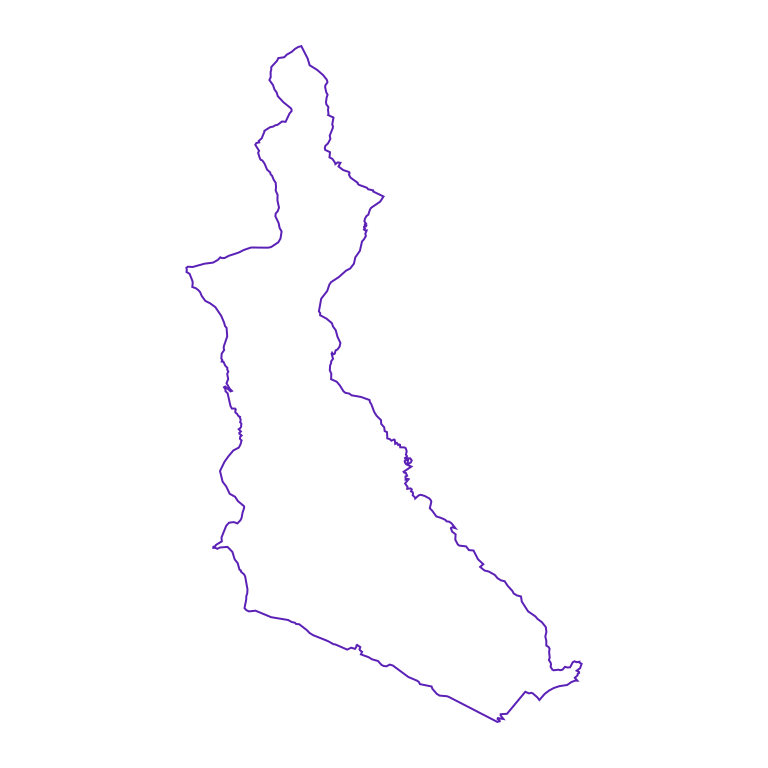 Batrani, Prahova, Romania
{"feature_id": "2599482B71534935033185", "entity_name": "Batrani", "entity_type": "district", "adm_level": 2, "iso_a3": "ROU", "parent_name": "Romania", "parent_adm1": "Prahova", "projection": "natural_earth1", "projection_center": [26.104, 45.367], "detail": "fine", "context": "isolated", "style": "outline", "palette": "violet", "viewbox_px": 768, "rotation_deg": 0, "n_neighbors": 0, "source": "geoboundaries", "source_scale": "gbopen_adm2", "svg_char_len": 6098}
<svg xmlns="http://www.w3.org/2000/svg" viewBox="0 0 768 768"><path d="M577.4,680.7L574.8,677.8L577.5,675.4L577.7,673.9L579.1,673.0L579.0,672.0L576.7,670.7L580.1,668.2L581.6,663.8L579.0,662.3L579.2,661.8L576.4,662.2L574.6,661.3L572.8,662.2L570.1,667.3L567.4,667.5L565.0,666.8L562.5,669.7L560.2,670.2L558.5,669.7L553.6,670.3L552.4,669.7L550.6,666.8L551.0,664.6L550.7,662.8L548.9,660.1L549.7,657.6L549.1,652.0L549.6,648.8L548.6,647.0L546.3,645.6L546.3,640.6L545.3,636.5L546.4,631.9L545.8,627.1L541.9,622.2L537.6,619.0L535.4,616.4L528.1,611.4L521.8,601.6L521.0,596.5L516.9,595.4L513.7,593.5L512.4,591.0L507.6,585.7L504.6,581.2L501.0,580.4L497.5,578.2L494.9,575.0L488.7,571.5L484.5,570.5L480.1,566.9L483.3,564.2L478.0,559.3L473.5,550.5L468.9,550.1L466.1,546.4L459.3,545.6L457.8,544.5L455.3,539.7L455.6,534.3L452.2,531.7L450.9,528.4L451.1,527.8L452.3,527.3L455.4,528.2L451.6,523.4L449.2,521.7L446.5,521.3L445.4,519.9L441.3,518.0L436.3,516.4L432.2,510.7L429.8,508.3L431.3,501.9L431.1,500.7L429.5,498.6L424.8,496.0L420.8,494.8L418.8,495.3L415.2,498.5L415.0,497.5L412.7,495.2L413.0,493.2L412.6,492.1L411.0,491.4L411.8,489.4L410.5,488.4L407.2,488.8L407.5,486.9L405.1,483.5L408.6,479.2L407.3,478.8L405.6,479.6L405.5,476.4L407.1,475.8L405.9,473.0L404.3,472.7L403.6,471.8L411.3,466.6L406.2,464.3L405.0,462.6L404.7,461.0L407.0,459.6L408.2,459.6L407.5,463.2L407.9,464.2L410.9,462.4L411.7,460.4L410.2,458.3L404.3,458.4L406.4,457.2L407.0,456.2L405.9,454.6L406.7,451.3L405.7,448.2L404.4,447.4L400.2,447.3L400.0,444.8L399.0,444.4L398.1,445.0L396.8,442.8L395.2,443.8L394.8,440.1L394.1,439.5L391.4,440.7L389.8,439.1L387.3,438.4L387.0,432.1L384.7,431.1L384.2,427.3L381.2,423.9L381.0,420.1L376.6,415.8L374.2,411.9L371.3,404.2L370.0,402.3L369.5,400.0L360.8,396.9L351.5,395.3L349.3,393.6L345.3,392.8L343.4,391.2L339.8,385.4L336.7,381.7L331.1,379.2L331.3,373.7L329.8,370.3L330.1,365.5L331.1,363.1L331.1,361.5L333.0,358.8L331.6,353.7L332.1,352.7L333.3,354.3L334.7,353.7L335.7,350.3L337.5,349.5L339.6,346.6L340.4,342.9L337.5,336.8L335.7,330.1L333.1,326.7L331.9,323.2L326.6,318.7L320.1,315.2L320.2,313.1L318.9,311.4L321.2,298.7L327.2,291.0L329.4,284.5L331.1,282.1L338.9,277.0L346.1,270.6L350.2,268.5L353.9,263.7L355.3,257.4L359.9,250.8L362.0,241.5L364.1,239.1L365.9,236.0L365.3,233.7L366.7,230.4L365.1,230.4L364.0,229.6L364.9,228.5L364.1,227.8L364.1,226.8L366.0,226.3L366.3,225.6L364.8,225.1L364.8,224.3L366.1,223.7L364.4,221.3L364.9,218.9L366.3,216.2L368.3,214.7L369.9,209.7L371.0,207.9L380.2,201.6L383.5,196.5L373.2,191.5L373.1,190.3L368.2,189.3L366.8,187.7L358.9,184.8L357.7,183.6L357.7,182.8L350.6,177.7L348.9,174.6L349.6,173.0L349.0,172.0L343.1,170.0L338.5,166.5L340.4,162.8L337.7,162.4L335.4,164.1L335.1,162.8L332.3,158.8L329.5,157.4L330.0,152.2L325.2,149.9L324.8,148.0L325.4,145.8L328.0,143.4L330.4,138.8L329.7,135.7L332.8,128.0L332.9,126.0L332.2,124.5L333.5,117.6L328.1,115.0L328.5,113.9L328.0,110.0L328.4,107.0L326.4,104.5L326.0,102.3L326.6,97.6L327.6,94.8L326.3,92.4L325.1,87.0L325.4,85.3L327.4,82.4L327.3,81.3L326.7,79.6L323.1,75.1L317.3,70.0L309.6,65.2L307.7,58.6L301.3,46.1L298.2,47.0L295.0,48.9L291.8,51.8L286.7,54.7L284.3,57.2L278.3,58.1L277.1,60.7L271.3,67.0L271.2,70.1L270.6,71.8L270.7,77.2L269.4,80.0L273.0,85.1L274.5,89.5L276.6,92.3L277.8,96.2L283.5,102.3L290.7,108.1L291.5,109.4L291.6,111.1L289.6,113.3L285.6,121.8L282.0,121.5L277.6,124.8L275.0,125.4L273.1,126.6L270.1,127.2L264.4,130.8L264.4,131.7L261.7,138.3L258.7,141.0L259.2,142.4L256.4,143.0L255.3,144.8L259.1,150.9L258.1,152.7L259.9,158.5L260.7,159.8L262.3,160.4L264.5,163.5L267.1,169.7L270.2,172.4L270.6,174.3L272.1,175.8L273.6,179.6L275.7,182.8L276.0,187.1L275.7,190.6L277.6,194.9L277.4,200.3L279.0,207.7L277.6,211.4L275.7,213.5L275.4,216.3L278.6,223.0L279.6,227.9L281.6,231.5L280.5,238.5L278.3,242.3L271.0,247.1L268.0,247.7L251.1,247.5L244.0,249.9L238.6,252.6L228.8,255.8L224.6,258.0L221.9,258.1L220.3,257.3L217.9,259.9L213.1,262.6L204.5,263.7L192.6,267.0L188.0,266.7L186.4,267.7L186.8,270.0L186.5,272.0L189.6,273.8L192.5,281.2L192.7,283.3L192.3,287.0L195.8,288.2L198.3,290.1L200.1,292.1L201.7,295.9L205.3,300.9L210.1,303.3L215.4,307.2L221.2,315.8L224.1,322.6L225.0,326.0L226.6,327.9L227.2,336.5L223.8,346.4L223.7,348.4L224.2,350.0L221.7,353.6L221.3,358.5L222.2,359.7L221.7,361.6L223.4,361.6L225.2,365.6L227.4,367.9L227.2,369.5L228.3,371.6L227.2,373.9L228.2,379.1L226.5,383.2L229.7,388.7L231.9,390.9L230.6,391.4L225.2,386.5L224.0,387.2L225.5,389.5L225.5,391.2L227.6,393.3L230.5,406.1L231.9,408.6L235.1,408.6L235.8,409.5L235.2,411.6L235.5,412.6L237.1,413.9L238.3,415.9L239.9,416.8L239.6,417.2L240.5,419.0L240.6,420.8L240.1,422.2L241.3,423.5L241.1,426.8L240.0,428.4L238.7,429.2L240.9,431.5L239.3,432.9L239.3,433.6L241.6,435.5L240.4,436.5L239.9,438.2L240.2,439.3L241.6,440.4L240.4,444.6L238.8,447.6L233.4,450.4L228.5,456.2L224.6,461.6L220.0,471.0L222.6,481.7L226.2,486.4L229.7,493.8L235.1,496.8L237.9,501.1L244.0,506.2L244.2,507.7L242.6,512.5L241.5,518.2L240.4,520.3L237.4,523.4L233.8,522.1L229.0,522.7L226.2,525.8L221.5,537.5L221.8,541.4L216.0,544.9L215.1,546.3L213.4,546.8L213.3,547.9L215.2,547.8L217.3,548.8L220.0,547.5L227.5,546.9L232.4,551.9L234.7,559.4L237.7,563.2L239.5,569.7L240.9,570.5L240.9,571.6L244.2,574.5L245.2,576.6L247.5,589.5L247.2,593.5L246.3,596.3L246.2,599.6L244.5,608.1L246.3,610.1L248.9,611.4L255.5,610.7L271.2,617.2L288.1,620.0L291.7,622.0L294.9,622.7L296.0,623.9L299.3,624.3L306.7,630.0L309.6,633.0L313.2,635.2L327.9,641.1L333.5,644.2L335.5,644.5L347.2,649.6L351.2,647.7L355.0,648.9L356.5,646.6L356.5,645.4L357.1,644.9L360.3,647.1L359.5,649.4L360.3,650.6L362.1,651.8L360.9,654.4L368.6,657.2L372.0,659.3L378.0,661.0L381.5,664.9L383.7,666.0L386.5,666.3L389.7,664.6L392.8,665.5L408.4,677.0L417.3,680.8L419.0,682.1L419.9,684.1L431.6,686.5L432.4,688.8L436.8,693.9L439.6,695.6L446.8,696.2L448.6,696.8L497.3,721.9L499.7,721.3L499.6,720.6L497.6,719.0L497.9,718.1L503.4,719.0L500.6,715.4L500.7,714.2L507.0,713.8L525.3,691.8L529.0,693.4L531.2,692.8L532.7,693.3L537.2,697.2L539.4,700.0L544.6,694.0L549.0,690.6L553.8,688.0L559.6,686.1L567.1,685.0L571.3,682.1L574.9,680.7L577.4,680.7Z" fill="none" stroke="#5b21b6" stroke-width="2"/></svg>